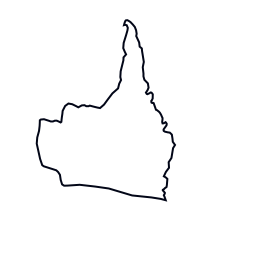 Gadzi, Mambéré-Kadéï, Central African Republic (Robinson projection), rotated 218°
{"feature_id": "33826404B47432472160828", "entity_name": "Gadzi", "entity_type": "district", "adm_level": 2, "iso_a3": "CAF", "parent_name": "Central African Republic", "parent_adm1": "Mambéré-Kadéï", "projection": "robinson", "projection_center": [16.692, 4.858], "detail": "fine", "context": "isolated", "style": "outline", "palette": "ink", "viewbox_px": 256, "rotation_deg": 218, "n_neighbors": 0, "source": "geoboundaries", "source_scale": "gbopen_adm2", "svg_char_len": 2104}
<svg xmlns="http://www.w3.org/2000/svg" viewBox="0 0 256 256"><g transform="rotate(218 128 128)"><path d="M166.1,199.2L168.9,199.3L171.9,202.3L178.1,205.5L179.2,207.6L181.8,210.0L184.8,211.8L187.9,212.5L191.3,213.0L193.7,212.8L195.0,212.5L196.0,211.4L196.0,210.8L195.6,209.3L195.1,208.0L194.5,206.6L193.9,207.5L192.3,208.2L189.8,206.8L188.5,204.5L186.7,200.1L183.8,192.4L180.9,188.0L177.5,186.1L174.8,184.8L175.0,180.9L173.3,178.5L168.7,168.2L165.4,163.4L163.0,161.5L162.2,157.5L160.2,153.1L161.6,145.7L161.5,138.3L161.4,134.9L161.3,131.7L162.3,126.5L164.6,125.3L168.4,123.6L171.9,122.1L172.5,120.9L174.3,119.5L176.3,119.2L178.3,117.4L179.9,113.7L182.3,113.3L186.6,112.4L190.0,110.6L191.1,106.7L190.4,103.1L190.0,101.2L188.4,98.7L187.0,96.2L185.8,94.2L184.3,91.8L184.5,90.9L186.8,90.4L188.7,89.9L190.1,88.8L191.2,86.9L192.9,85.6L194.2,85.2L199.6,83.2L201.9,81.0L202.2,79.8L200.8,77.9L198.9,75.2L196.3,70.9L193.7,64.7L190.3,59.5L178.2,49.5L172.7,45.9L170.7,46.0L162.1,49.2L158.5,50.5L156.0,50.3L152.8,49.2L149.0,45.6L145.2,43.0L142.9,43.2L140.5,45.1L131.1,53.5L117.9,61.6L105.9,68.5L83.2,77.4L66.8,87.7L58.7,92.2L53.8,94.3L56.7,96.2L58.4,97.1L58.6,98.8L59.0,99.6L60.6,100.0L61.9,100.2L62.4,100.4L62.5,100.7L62.0,102.1L61.9,103.3L61.3,105.2L62.2,106.9L65.6,112.1L67.3,112.3L68.8,112.2L70.0,112.0L71.1,116.7L71.2,121.9L74.9,126.1L75.3,131.1L80.1,139.9L80.5,143.6L84.2,144.7L86.5,147.1L89.4,149.8L92.2,150.1L94.1,149.0L95.7,148.3L96.4,147.9L98.0,147.7L98.8,148.3L99.1,149.0L99.3,153.8L100.0,155.1L101.5,155.7L102.0,155.7L102.6,154.0L102.9,153.5L103.6,152.9L104.8,153.8L105.9,155.7L106.9,157.1L108.1,157.7L110.1,158.8L111.6,159.4L112.5,159.7L113.7,159.9L116.3,159.9L117.2,159.6L123.1,163.4L123.8,163.2L124.2,162.7L124.9,162.5L125.2,162.5L126.3,163.6L126.3,164.5L126.7,166.4L129.2,169.8L130.6,170.2L131.1,170.3L131.9,170.1L132.2,169.6L132.4,168.8L132.9,167.8L133.4,166.8L133.5,166.6L134.2,166.4L134.6,166.5L135.7,167.0L135.7,167.5L135.9,169.9L136.6,172.4L139.8,175.4L144.8,176.1L147.6,178.2L149.3,180.4L153.8,185.0L156.2,189.8L164.3,197.3L166.1,199.2Z" fill="none" stroke="#020617" stroke-width="2"/></g></svg>